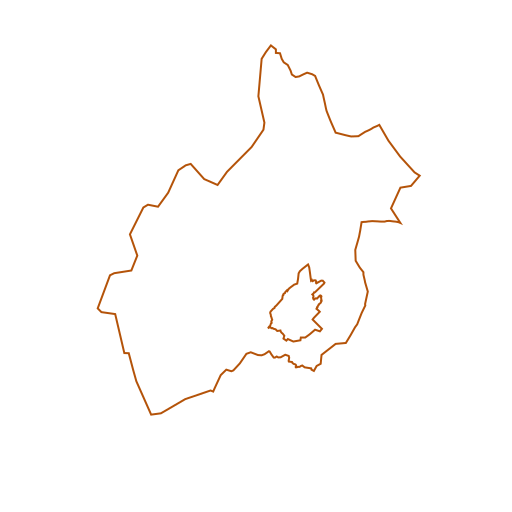 outline of Bosso, Niger, Nigeria, rotated 30°
{"feature_id": "59680162B93998087230069", "entity_name": "Bosso", "entity_type": "district", "adm_level": 2, "iso_a3": "NGA", "parent_name": "Nigeria", "parent_adm1": "Niger", "projection": "equal_earth", "projection_center": [6.502, 9.642], "detail": "fine", "context": "isolated", "style": "outline", "palette": "amber", "viewbox_px": 512, "rotation_deg": 30, "n_neighbors": 0, "source": "geoboundaries", "source_scale": "gbopen_adm2", "svg_char_len": 4085}
<svg xmlns="http://www.w3.org/2000/svg" viewBox="0 0 512 512"><g transform="rotate(30 256 256)"><path d="M286.7,394.8L286.3,391.2L285.2,379.0L285.0,376.8L285.4,375.4L287.1,369.3L292.3,368.1L293.6,366.4L295.7,357.1L296.6,345.5L299.6,342.0L307.2,340.8L310.5,339.2L312.5,336.8L314.8,332.0L315.6,331.9L318.5,333.5L322.1,335.1L323.2,334.5L324.2,332.7L326.0,332.7L328.0,331.4L330.7,326.9L334.3,326.2L335.6,327.5L336.7,330.5L337.2,331.0L340.2,329.8L341.1,330.4L342.5,330.6L344.4,330.2L345.2,330.5L345.5,330.7L345.8,331.3L345.8,332.2L346.1,332.5L346.7,332.2L348.0,330.9L349.2,330.2L349.8,328.9L350.8,327.7L353.8,328.1L360.0,325.7L360.9,326.7L363.6,326.6L363.5,320.9L365.9,317.0L362.2,308.9L368.9,292.3L377.3,286.4L377.5,277.5L377.4,268.1L377.8,264.6L377.1,260.1L376.0,252.5L375.4,244.2L374.5,243.1L370.6,230.9L363.6,224.2L362.7,223.1L358.4,218.5L357.1,216.3L353.8,215.0L351.6,214.1L350.5,213.5L348.5,212.4L344.7,210.3L339.0,201.2L338.9,201.0L337.1,193.7L335.6,187.8L333.5,181.8L330.5,173.9L332.1,172.7L334.0,171.5L336.0,169.9L337.6,168.8L339.3,167.6L341.5,166.5L343.8,165.3L345.9,164.3L348.0,163.2L350.2,161.9L351.9,160.2L354.4,158.7L356.9,157.7L360.0,156.3L362.7,155.4L364.5,155.2L349.1,147.3L346.9,124.6L355.2,117.8L357.6,104.6L351.5,104.3L331.1,97.8L313.0,89.9L297.2,80.8L296.7,81.6L295.9,82.8L293.4,86.1L292.4,88.1L291.3,89.9L290.0,91.8L288.5,93.8L286.0,98.6L284.8,101.0L283.1,102.1L279.6,104.3L278.6,104.9L277.1,105.4L273.2,106.6L265.3,108.8L263.3,109.4L261.6,108.1L254.4,102.8L253.5,102.1L252.3,101.2L246.1,96.3L244.4,94.9L242.6,93.0L239.4,89.4L238.3,88.2L234.9,84.5L233.3,82.7L231.5,81.4L225.0,76.6L218.8,71.8L217.2,70.5L215.5,70.5L213.7,70.5L213.3,70.6L210.3,71.3L208.6,71.7L206.2,75.0L203.6,78.9L200.8,81.2L196.3,80.9L193.3,78.2L188.0,74.7L183.2,74.4L179.7,72.4L175.4,68.4L171.7,70.2L169.9,67.1L163.6,66.2L162.6,74.5L162.3,82.4L178.2,116.5L196.6,136.3L199.3,142.9L197.7,163.8L188.8,197.6L187.2,213.7L172.7,215.3L153.4,208.9L149.8,212.6L145.9,220.6L148.3,245.1L146.5,262.3L136.8,265.6L134.2,270.3L136.0,300.3L153.0,315.0L155.3,330.9L141.8,341.8L139.2,345.7L145.1,380.5L150.2,381.9L163.1,376.7L190.5,405.9L194.4,403.8L206.6,416.1L215.0,424.3L244.5,445.8L252.3,439.8L266.3,415.3L283.9,395.2L286.7,394.8ZM335.6,304.2L336.6,306.8L331.1,311.4L325.1,312.0L324.6,314.1L321.1,313.8L320.4,310.9L318.0,309.9L316.6,309.7L315.4,309.2L314.8,308.7L314.4,308.3L313.4,309.1L311.9,310.3L309.6,309.7L308.0,310.1L307.4,310.3L306.4,310.1L305.5,310.8L304.4,310.6L303.4,310.8L302.9,311.9L302.6,311.8L302.7,310.5L303.2,309.5L302.7,307.1L302.7,306.7L303.0,306.3L302.8,305.8L302.1,305.2L301.9,304.6L301.9,303.1L300.7,302.1L300.0,301.3L299.2,300.9L298.2,299.5L296.7,298.2L296.4,296.9L297.2,293.2L297.8,292.2L298.0,291.8L297.7,290.7L298.3,289.0L298.4,288.7L300.2,280.0L299.6,278.6L299.1,277.4L299.0,277.1L298.9,276.5L299.2,276.2L298.8,275.0L299.2,274.2L299.6,273.7L299.4,272.6L300.0,270.1L300.7,270.5L300.8,268.5L300.9,267.5L301.1,267.1L301.9,265.1L302.5,263.8L303.2,262.1L303.3,261.8L305.5,259.3L303.9,254.9L301.6,249.7L301.6,247.2L302.7,243.8L305.3,237.3L306.1,237.9L307.8,239.3L311.1,243.5L314.3,247.7L316.0,249.8L316.3,248.9L316.9,249.4L317.1,249.4L317.4,249.2L317.5,249.3L317.6,249.1L317.7,248.9L317.8,248.9L317.8,248.7L318.0,248.6L318.2,248.3L318.5,248.0L318.9,247.8L319.8,247.3L321.1,248.2L321.4,249.3L321.9,249.5L324.8,244.7L326.2,244.0L327.6,244.5L328.6,244.8L328.7,245.8L325.8,255.9L325.2,257.9L324.9,258.4L324.5,258.5L324.5,259.2L324.5,259.7L324.4,260.1L324.0,261.1L324.6,261.3L325.3,261.4L326.2,262.6L326.3,263.7L327.3,264.6L328.1,264.8L328.6,263.1L329.2,262.6L330.1,262.4L331.0,258.5L331.6,257.9L332.4,258.0L332.6,258.1L332.8,258.2L332.9,258.5L333.0,259.1L332.8,259.1L332.8,259.3L333.3,259.6L334.4,261.2L334.5,261.5L334.6,261.9L335.0,261.7L335.3,262.1L335.4,263.7L335.4,264.4L335.3,264.8L334.9,265.5L334.7,266.1L334.8,266.1L334.8,266.4L334.5,269.8L334.9,269.9L334.8,271.5L336.5,271.8L338.1,272.1L339.1,272.4L337.1,280.4L336.9,281.7L336.8,282.7L349.5,286.1L349.0,289.3L344.0,290.3L341.7,296.8L341.2,298.0L339.4,302.0L337.2,303.3L335.6,304.2Z" fill="none" stroke="#b45309" stroke-width="2"/></g></svg>